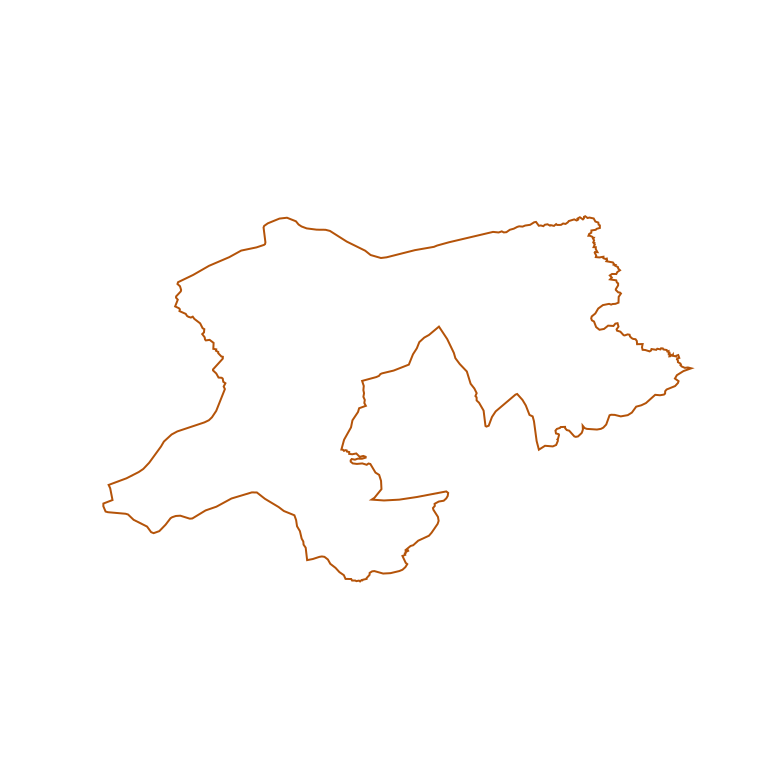 Lindi, Lindi, United Republic of Tanzania, rotated 76°
{"feature_id": "72390352B7713188541433", "entity_name": "Lindi", "entity_type": "district", "adm_level": 2, "iso_a3": "TZA", "parent_name": "United Republic of Tanzania", "parent_adm1": "Lindi", "projection": "equal_earth", "projection_center": [39.517, -10.037], "detail": "fine", "context": "isolated", "style": "outline", "palette": "amber", "viewbox_px": 768, "rotation_deg": 76, "n_neighbors": 0, "source": "geoboundaries", "source_scale": "gbopen_adm2", "svg_char_len": 6138}
<svg xmlns="http://www.w3.org/2000/svg" viewBox="0 0 768 768"><g transform="rotate(76 384 384)"><path d="M263.5,197.3L263.4,199.2L264.9,203.7L264.4,208.7L264.8,211.4L263.7,214.7L263.8,216.7L264.7,220.5L264.8,224.6L266.3,228.5L265.9,231.1L264.4,232.8L264.7,236.1L262.8,241.4L262.2,286.6L262.5,299.0L263.0,302.3L261.6,321.6L261.7,350.8L261.0,356.5L255.6,365.8L250.1,370.0L236.8,385.7L222.4,399.4L220.2,403.5L218.0,411.9L214.3,421.4L211.2,425.9L208.6,428.3L204.8,430.1L199.2,437.9L198.2,445.4L200.0,457.9L201.6,462.0L203.0,463.0L217.9,464.8L219.5,465.6L220.0,466.8L220.6,474.7L220.0,490.3L223.5,503.5L227.0,525.2L232.0,542.8L235.4,559.2L237.0,560.2L239.8,558.3L243.7,558.1L245.0,558.8L248.7,564.5L249.9,564.9L252.3,563.7L258.2,567.9L260.9,564.6L262.1,564.0L263.8,564.8L268.0,559.4L270.2,558.7L271.5,557.5L272.8,555.3L272.4,553.3L274.9,552.3L280.7,547.7L286.0,546.5L287.3,545.1L290.4,546.2L291.6,548.3L295.3,546.7L297.5,546.9L298.6,546.3L299.0,542.5L302.9,539.4L308.6,541.1L309.8,538.4L311.1,539.0L312.8,537.1L314.0,537.4L318.0,535.1L318.6,533.8L320.4,534.3L328.5,546.4L329.5,546.6L333.2,544.2L337.7,543.0L338.7,540.0L339.7,539.2L343.0,539.4L344.9,537.7L347.7,540.2L350.4,539.6L369.5,553.3L374.7,559.0L376.8,562.7L377.8,567.5L380.0,596.0L381.6,602.3L386.6,611.5L390.7,615.5L403.6,630.9L408.2,638.1L410.1,643.3L413.2,656.7L415.3,675.6L418.9,674.9L430.9,675.5L432.1,685.2L434.7,685.9L440.4,685.0L441.6,682.9L447.4,666.1L448.7,663.9L455.2,659.8L465.0,648.4L471.4,645.8L473.0,643.6L472.4,637.6L467.7,630.0L462.6,623.6L462.0,621.7L461.7,617.9L462.5,613.5L467.7,605.0L468.1,602.5L463.5,587.7L462.5,576.3L458.2,559.7L457.2,538.5L458.5,533.6L466.6,527.3L477.9,516.0L483.0,511.9L489.7,502.7L494.8,502.2L501.0,502.8L506.4,501.2L514.1,501.3L517.3,500.4L520.4,500.9L523.9,499.6L536.3,501.2L536.6,495.4L536.1,488.5L536.3,486.0L537.3,483.6L540.7,480.9L545.5,479.6L550.7,475.5L555.7,472.8L559.8,469.2L563.8,468.5L565.3,463.0L567.0,462.5L567.7,459.5L568.6,458.5L568.7,455.9L569.8,455.0L568.8,453.2L569.3,452.4L568.8,451.8L568.9,448.0L568.1,447.8L565.7,444.2L563.8,443.6L562.9,440.8L563.2,438.6L567.7,430.7L569.1,423.5L569.2,414.4L568.7,411.0L566.9,407.6L564.4,405.0L562.8,406.2L555.3,407.7L554.9,404.7L553.4,404.8L553.1,403.7L552.3,403.7L551.7,400.9L550.7,401.1L551.0,403.2L550.4,403.3L547.6,397.4L547.5,394.7L544.3,388.7L542.1,377.1L539.8,373.8L532.7,365.8L530.0,364.1L526.0,363.8L518.0,366.5L516.2,366.5L514.6,364.2L512.5,363.9L511.3,359.3L511.7,354.3L510.1,351.3L508.1,349.3L505.2,348.1L503.3,349.6L501.6,379.5L499.9,397.2L497.0,412.2L493.2,423.9L492.1,420.8L485.4,411.9L477.3,410.3L471.0,410.7L467.9,413.7L458.3,416.6L457.4,418.3L458.2,420.3L455.8,424.3L455.0,429.6L453.5,433.5L451.3,435.1L450.0,434.8L449.0,433.5L450.4,430.5L450.1,427.6L451.2,423.4L451.0,419.6L450.2,419.4L448.8,421.5L448.8,425.2L444.7,427.7L444.5,431.8L443.4,434.7L441.6,434.2L440.6,436.3L439.4,436.3L438.8,437.7L439.2,439.0L437.8,439.8L437.3,441.2L428.4,436.2L418.1,426.5L411.6,423.4L404.9,416.0L401.5,414.0L400.8,406.9L397.7,407.7L394.8,406.5L391.5,407.1L388.1,405.6L385.0,405.5L381.0,404.1L375.7,404.5L375.4,389.8L374.9,386.9L373.5,385.1L373.2,383.3L373.3,371.4L371.2,355.2L362.2,348.7L357.3,343.5L351.9,339.6L348.7,333.7L347.3,328.5L341.6,316.8L355.7,311.8L370.7,308.7L376.2,308.5L382.9,305.7L391.9,300.6L404.7,299.9L410.3,297.4L415.3,296.3L417.8,298.2L419.4,297.4L422.4,298.1L425.2,296.3L433.9,293.8L449.3,295.7L450.1,294.9L449.8,292.5L442.1,287.2L437.6,282.3L426.1,259.0L425.9,257.2L432.9,253.5L439.1,251.6L449.2,250.3L451.4,247.6L456.4,247.5L476.3,249.7L485.2,249.6L482.9,242.7L485.4,235.3L484.8,231.7L481.3,229.1L480.1,228.8L478.9,229.7L480.1,228.9L475.8,226.5L474.9,226.7L473.6,229.1L470.7,228.9L469.4,227.1L469.2,223.9L468.5,223.1L469.4,218.7L470.8,218.9L472.9,217.8L474.1,215.6L480.9,212.0L481.7,210.7L481.8,208.4L479.4,204.1L478.2,203.2L476.2,202.0L472.5,201.3L475.3,200.0L476.6,198.1L479.7,188.4L480.0,184.4L479.4,181.8L477.1,178.2L468.9,172.7L468.8,171.0L469.8,167.6L472.7,162.1L473.2,155.0L471.7,150.4L467.0,144.8L466.9,139.5L465.9,134.5L460.1,123.5L461.7,118.9L462.0,114.9L461.3,113.6L459.0,112.9L457.7,111.1L456.4,102.0L454.1,98.5L452.5,97.5L449.1,100.4L446.3,97.7L443.9,90.3L443.1,82.1L441.5,85.1L441.1,88.2L439.0,90.9L437.4,91.8L436.9,91.2L435.8,91.5L433.9,93.5L432.0,93.1L431.0,93.8L430.1,93.2L430.1,91.2L427.1,91.5L427.3,93.6L427.9,94.0L426.5,96.8L425.5,96.6L426.2,97.4L425.4,98.2L426.3,99.3L426.2,100.4L423.7,99.4L423.1,99.4L423.4,100.4L420.9,99.9L421.0,101.2L419.4,101.5L418.1,104.5L416.9,104.9L416.4,106.6L417.3,107.4L415.9,110.3L416.7,111.6L414.8,116.0L416.1,116.8L416.6,118.4L414.2,122.3L413.4,124.8L410.8,124.8L407.8,123.4L406.6,128.8L403.4,128.3L401.4,129.1L400.5,131.4L399.5,132.5L397.4,133.8L395.6,133.8L394.8,135.6L395.1,138.7L394.6,139.7L390.4,142.0L388.6,145.0L387.2,145.1L385.1,142.6L381.5,142.7L381.4,144.9L383.2,147.3L381.6,152.4L383.8,157.2L383.5,161.8L380.1,164.4L374.2,165.1L372.5,166.9L370.5,167.1L368.7,166.1L366.7,161.9L362.6,157.9L360.4,152.5L360.7,146.2L361.9,144.4L361.7,142.9L362.2,140.1L361.8,136.8L356.2,135.2L353.5,132.2L352.3,133.0L351.8,134.5L348.9,136.3L348.1,136.2L345.0,133.0L343.0,132.5L341.8,133.5L339.6,133.6L337.2,139.3L335.8,137.2L333.3,138.6L332.4,136.1L333.5,132.0L331.8,130.5L330.7,127.5L328.7,128.8L327.2,128.7L325.0,131.2L324.5,130.6L323.7,132.3L323.2,131.8L321.4,132.5L318.7,138.5L317.8,137.6L316.2,137.5L316.3,138.8L315.0,140.7L313.6,140.3L313.3,144.4L312.1,147.8L310.7,147.0L307.5,147.8L307.0,147.3L307.7,145.0L304.4,145.9L302.5,145.4L301.9,147.5L299.6,145.7L298.6,146.2L298.1,145.7L297.3,146.7L295.4,145.4L293.9,145.9L293.0,145.1L292.8,146.1L291.7,146.1L289.9,148.4L289.6,149.7L288.0,148.6L287.4,146.3L285.2,145.6L285.6,141.2L284.9,140.2L284.8,136.8L282.3,136.2L281.3,137.2L279.2,137.0L277.5,139.6L274.1,140.5L272.2,144.4L272.2,146.3L269.9,148.2L270.2,149.5L271.7,150.0L272.4,151.2L269.6,153.6L270.3,156.2L271.4,155.8L271.8,156.6L271.9,157.6L270.3,159.6L270.6,165.3L271.6,166.5L272.6,169.1L271.6,171.4L272.4,173.6L272.1,175.4L271.5,177.6L270.5,178.3L271.7,180.8L270.2,183.8L270.5,184.6L268.6,186.7L268.4,189.4L269.4,191.2L268.1,193.5L267.9,195.5L263.5,197.3Z" fill="none" stroke="#b45309" stroke-width="2"/></g></svg>